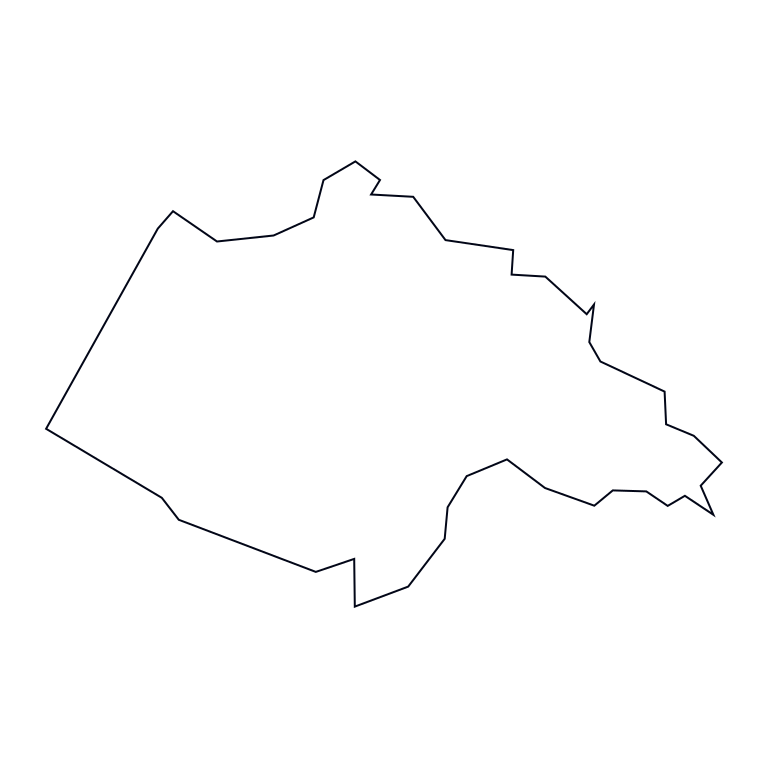 Wolfe, Kentucky, United States of America
{"feature_id": "52423323B59617184905831", "entity_name": "Wolfe", "entity_type": "district", "adm_level": 2, "iso_a3": "USA", "parent_name": "United States of America", "parent_adm1": "Kentucky", "projection": "mercator", "projection_center": [-83.426, 37.741], "detail": "fine", "context": "isolated", "style": "outline", "palette": "ink", "viewbox_px": 768, "rotation_deg": 0, "n_neighbors": 0, "source": "geoboundaries", "source_scale": "gbopen_adm2", "svg_char_len": 630}
<svg xmlns="http://www.w3.org/2000/svg" viewBox="0 0 768 768"><path d="M157.8,228.6L46.1,428.8L161.8,497.8L178.8,519.8L315.8,571.9L354.2,558.9L354.8,606.6L408.2,586.6L444.7,538.8L447.6,507.3L466.7,476.1L507.0,459.4L545.0,488.0L594.3,505.7L612.8,490.4L646.3,491.4L667.7,505.9L684.9,495.8L713.4,514.8L700.7,485.7L721.9,462.5L693.8,435.8L666.1,424.3L664.6,391.6L600.4,361.5L589.3,342.1L594.0,304.5L586.7,314.2L545.3,276.6L511.6,274.6L513.2,250.1L445.5,240.1L413.2,196.8L371.1,194.5L380.0,180.0L355.4,161.4L323.5,180.1L313.7,217.4L273.6,235.5L217.0,241.5L173.0,211.2L157.8,228.6Z" fill="none" stroke="#020617" stroke-width="2"/></svg>